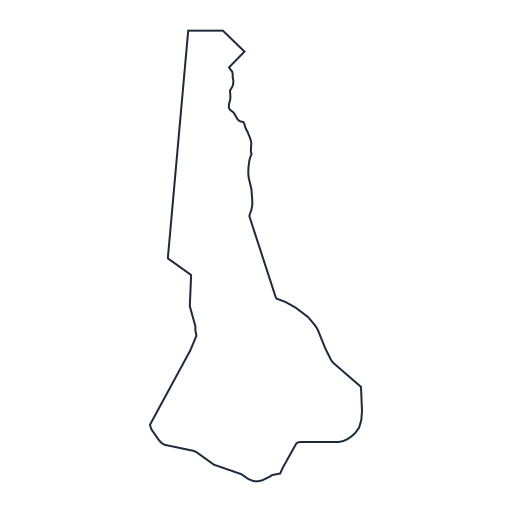 the border of River Nile
{"feature_id": "SDN-877", "entity_name": "River Nile", "entity_type": "State", "adm_level": 1, "iso_a3": "SDN", "parent_name": "Sudan", "parent_adm1": "", "projection": "equal_earth", "projection_center": [33.548, 18.954], "detail": "fine", "context": "isolated", "style": "outline", "palette": "slate", "viewbox_px": 512, "rotation_deg": 0, "n_neighbors": 0, "source": "natural_earth", "source_scale": "10m", "svg_char_len": 1881}
<svg xmlns="http://www.w3.org/2000/svg" viewBox="0 0 512 512"><path d="M188.2,30.7L189.3,30.7L194.9,30.7L200.5,30.7L206.1,30.7L211.7,30.7L217.3,30.7L222.9,30.7L244.5,51.6L229.1,67.3L229.9,68.7L230.8,70.0L231.5,70.7L231.9,71.2L232.1,71.5L232.2,71.8L232.6,73.3L232.7,74.1L232.7,77.4L232.8,77.8L233.1,79.3L233.3,80.5L233.4,81.4L233.3,82.4L232.9,85.0L232.7,85.7L232.4,86.5L232.0,87.2L230.3,90.0L230.1,90.6L230.0,91.1L230.4,96.4L230.3,98.8L230.0,100.4L229.0,104.1L228.9,105.0L228.8,106.5L228.9,107.0L228.9,107.5L229.0,107.9L229.7,109.4L229.9,109.7L230.4,110.1L233.4,112.4L234.0,113.2L237.4,119.0L237.8,119.5L238.7,120.4L239.2,120.8L239.8,121.1L240.4,121.4L242.9,122.0L243.2,122.1L243.4,122.3L243.7,122.5L244.0,123.1L244.2,123.4L245.3,127.4L246.4,129.9L246.5,130.2L246.9,130.7L247.3,131.3L247.6,131.9L248.6,134.6L249.2,135.8L250.2,138.5L250.9,140.9L251.2,142.5L251.3,143.2L251.3,143.9L251.0,147.0L250.9,151.4L250.9,152.1L251.1,152.5L251.5,153.6L251.6,153.9L251.5,154.2L250.6,156.1L249.4,160.3L248.4,168.0L248.3,173.7L248.7,177.8L251.4,189.0L252.3,201.1L252.3,204.5L252.1,206.3L251.4,209.7L249.6,214.9L249.5,215.4L249.4,216.0L249.6,217.0L275.7,297.2L276.2,298.2L277.0,298.8L285.1,301.8L295.4,307.5L308.2,317.2L314.9,325.2L316.9,328.2L317.9,330.1L325.2,348.2L330.6,359.1L331.5,360.7L333.6,363.2L361.0,386.9L362.0,411.2L361.3,420.0L359.1,427.6L355.6,432.5L352.2,435.8L347.4,439.2L343.1,441.1L338.7,442.0L300.9,442.0L297.9,442.4L296.3,443.5L282.5,468.2L280.2,473.5L272.0,475.1L270.0,476.5L262.7,480.1L258.9,481.2L255.2,481.3L253.0,480.9L248.3,479.0L241.4,474.2L213.9,464.7L196.4,452.1L193.7,450.9L164.5,444.8L161.7,443.1L159.2,440.5L151.9,430.1L150.9,428.2L150.0,424.7L190.3,350.4L196.4,335.8L195.3,329.8L195.4,326.3L189.9,306.6L189.8,306.2L191.1,275.5L191.0,275.1L190.8,274.8L168.3,258.7L168.0,258.4L167.9,258.0L167.9,257.5L188.2,30.7Z" fill="none" stroke="#1e293b" stroke-width="2"/></svg>